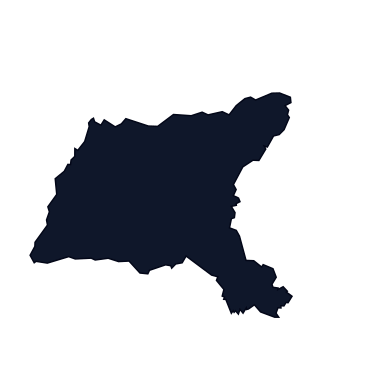 Debartsa, Debarca, North Macedonia (Natural Earth projection), rotated 292°
{"feature_id": "65306769B78023528365293", "entity_name": "Debartsa", "entity_type": "district", "adm_level": 2, "iso_a3": "MKD", "parent_name": "North Macedonia", "parent_adm1": "Debarca", "projection": "natural_earth1", "projection_center": [20.818, 41.302], "detail": "fine", "context": "isolated", "style": "filled", "palette": "ink", "viewbox_px": 384, "rotation_deg": 292, "n_neighbors": 0, "source": "geoboundaries", "source_scale": "gbopen_adm2", "svg_char_len": 1728}
<svg xmlns="http://www.w3.org/2000/svg" viewBox="0 0 384 384"><g transform="rotate(292 192 192)"><path d="M67.8,71.6L67.3,72.2L69.3,73.4L71.9,84.5L85.9,101.9L86.2,108.8L92.9,123.3L92.7,127.7L99.2,139.1L100.0,150.0L104.4,159.5L97.4,174.1L99.6,181.7L103.5,181.9L114.6,194.8L115.7,199.9L113.8,201.7L119.2,203.9L122.7,209.4L130.4,210.5L122.3,241.3L123.1,247.7L119.2,247.8L113.6,258.1L106.8,259.0L106.8,261.5L104.4,261.6L105.1,263.6L94.3,273.9L97.4,274.6L96.2,276.1L98.2,276.8L96.2,280.7L101.2,280.4L98.8,284.7L104.9,285.7L103.5,286.6L104.7,288.2L110.8,292.1L106.5,300.5L106.9,315.6L108.4,319.3L111.1,315.3L116.9,315.1L117.8,317.9L119.9,317.0L120.8,319.9L124.9,320.6L125.3,322.5L132.8,323.8L134.5,317.0L135.7,317.6L138.3,312.0L133.6,308.1L135.2,307.8L134.0,302.8L136.4,300.7L144.5,302.0L151.2,295.8L151.3,285.2L148.5,284.7L151.4,275.0L148.8,267.7L168.8,252.6L173.0,247.4L172.8,240.2L182.0,238.5L184.1,240.9L189.0,239.6L193.4,233.8L196.3,238.1L197.8,237.3L201.0,240.1L203.8,237.4L204.1,231.7L210.8,232.0L214.4,227.6L234.3,229.7L244.3,236.6L246.3,242.2L259.4,244.3L261.7,241.6L261.9,245.0L274.5,246.6L277.9,251.3L284.3,254.0L297.5,254.3L299.4,251.5L304.1,250.9L306.9,245.9L312.0,250.2L316.7,247.7L316.6,236.2L313.5,229.0L301.1,216.5L301.9,210.8L298.4,206.1L288.8,200.7L277.4,197.5L277.8,190.0L269.5,178.0L269.8,171.5L262.4,162.7L256.9,145.8L240.0,135.6L236.8,126.9L235.2,103.2L228.7,101.0L223.6,96.4L226.0,83.6L219.8,82.5L220.6,75.4L223.5,73.0L221.5,71.5L217.3,70.3L214.1,72.2L198.6,73.6L187.8,70.5L188.4,67.1L181.1,70.0L176.4,67.9L171.9,69.1L171.1,66.6L163.3,65.8L153.1,60.2L139.1,67.5L124.3,63.9L120.2,67.2L111.6,67.6L107.2,70.4L86.6,65.3L82.7,66.7L72.7,65.6L67.8,71.6Z" fill="#0f172a" stroke="#020617" stroke-width="1.5"/></g></svg>